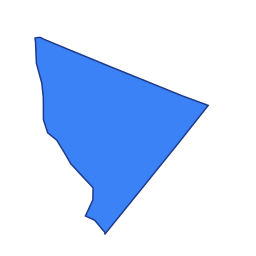 outline of Rockland, New York, United States of America, rotated 172°
{"feature_id": "52423323B64631698212491", "entity_name": "Rockland", "entity_type": "district", "adm_level": 2, "iso_a3": "USA", "parent_name": "United States of America", "parent_adm1": "New York", "projection": "equal_earth", "projection_center": [-73.992, 41.161], "detail": "fine", "context": "isolated", "style": "filled", "palette": "blue", "viewbox_px": 256, "rotation_deg": 172, "n_neighbors": 0, "source": "geoboundaries", "source_scale": "gbopen_adm2", "svg_char_len": 552}
<svg xmlns="http://www.w3.org/2000/svg" viewBox="0 0 256 256"><g transform="rotate(172 128 128)"><path d="M165.9,25.9L124.0,65.0L110.0,78.1L80.0,106.2L45.4,139.2L56.4,145.1L64.0,149.2L70.2,152.5L110.9,176.1L113.0,177.3L137.5,191.5L176.6,214.4L199.0,227.6L201.3,229.3L202.3,229.9L203.4,230.1L207.5,230.1L207.7,225.1L209.7,204.9L207.1,184.2L207.6,170.1L210.6,148.0L208.2,134.4L200.2,125.8L194.3,112.1L189.6,100.5L181.8,89.2L170.9,73.7L172.8,61.7L182.4,46.8L173.9,41.4L165.3,27.7L165.9,25.9Z" fill="#3b82f6" stroke="#1e3a8a" stroke-width="1.5"/></g></svg>